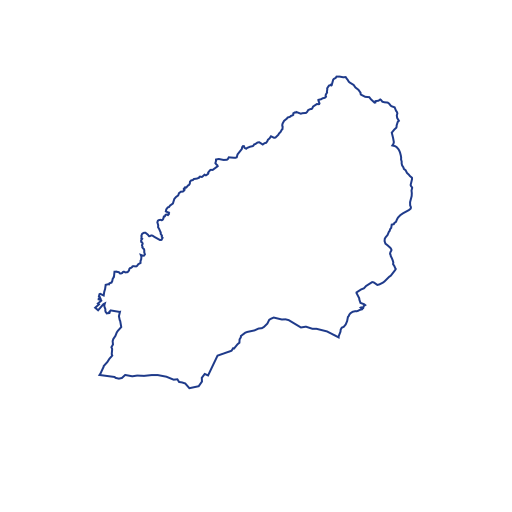 Piatra Soimului, Neamt, Romania (Mercator projection), rotated 149°
{"feature_id": "2599482B93411472256847", "entity_name": "Piatra Soimului", "entity_type": "district", "adm_level": 2, "iso_a3": "ROU", "parent_name": "Romania", "parent_adm1": "Neamt", "projection": "mercator", "projection_center": [26.345, 46.823], "detail": "fine", "context": "isolated", "style": "outline", "palette": "blue", "viewbox_px": 512, "rotation_deg": 149, "n_neighbors": 0, "source": "geoboundaries", "source_scale": "gbopen_adm2", "svg_char_len": 6085}
<svg xmlns="http://www.w3.org/2000/svg" viewBox="0 0 512 512"><g transform="rotate(149 256 256)"><path d="M413.5,283.7L411.0,282.6L410.3,283.2L410.5,283.6L408.6,284.2L401.7,278.3L401.4,278.2L404.5,275.0L405.8,271.3L405.9,270.2L408.1,264.5L413.0,263.0L414.7,262.2L417.7,259.9L421.0,258.4L422.7,256.9L424.2,253.8L426.9,252.3L427.1,250.7L427.5,249.9L430.2,246.2L430.5,244.7L434.6,243.4L438.0,241.7L443.2,240.1L443.7,239.5L449.6,235.5L451.4,234.6L439.5,225.1L439.2,223.9L436.7,221.5L433.8,220.5L429.4,221.4L424.0,216.6L419.4,214.7L413.7,210.9L406.8,207.7L401.6,204.6L395.0,198.7L390.3,192.4L386.9,190.8L386.8,187.6L384.6,185.8L382.3,183.2L381.2,177.0L372.2,173.9L367.0,176.2L365.2,179.5L360.7,181.3L358.6,178.3L340.3,190.4L325.8,187.4L323.1,188.7L322.5,188.0L317.2,189.9L314.9,190.2L313.0,193.0L310.9,194.1L310.1,195.2L304.7,195.8L302.6,195.4L295.6,193.0L291.2,192.5L288.1,191.1L285.7,191.1L281.1,192.2L277.5,194.5L275.4,194.5L272.5,194.1L266.6,188.3L263.3,186.5L261.0,184.2L254.3,171.6L249.6,169.7L245.1,164.5L241.6,162.4L234.0,154.8L227.1,143.7L226.5,144.6L222.6,147.6L221.3,149.3L219.4,150.4L217.3,150.1L214.4,151.1L211.4,153.3L208.6,156.4L207.4,156.8L206.2,157.7L204.5,158.3L201.9,158.4L199.4,157.6L198.2,156.8L196.5,156.4L195.1,156.4L192.5,155.7L192.1,156.3L192.8,157.8L192.3,157.8L191.2,156.9L190.8,156.3L189.5,157.6L187.7,157.7L188.2,159.0L190.6,162.0L189.9,165.3L189.3,166.6L188.9,172.6L188.6,173.0L183.1,173.2L180.1,172.7L177.1,173.6L169.9,173.8L169.4,173.5L168.5,172.4L166.9,168.7L164.9,168.1L160.9,167.8L159.0,168.0L152.5,169.6L150.6,169.7L143.9,172.3L142.9,172.9L142.9,174.2L142.6,175.9L142.7,178.4L141.6,179.8L141.1,181.7L140.7,184.0L140.5,186.6L140.1,187.5L140.0,188.8L138.9,190.0L137.0,191.1L136.6,191.9L136.6,193.7L137.8,197.6L138.7,199.9L138.1,202.6L136.7,204.5L135.2,205.3L132.5,206.2L129.5,208.4L128.6,208.6L127.2,209.9L125.6,210.5L123.5,213.0L121.5,212.3L120.5,213.0L118.4,213.2L116.4,214.7L114.5,215.8L111.2,216.7L107.8,216.9L101.3,216.6L99.2,216.9L98.4,217.5L98.0,218.4L97.8,220.0L96.2,222.8L91.7,227.2L90.1,229.6L89.0,232.0L87.1,233.9L86.9,234.3L87.1,236.1L86.9,237.2L82.6,241.6L82.0,242.8L82.9,245.3L83.1,247.0L83.8,249.4L83.6,252.5L84.4,254.5L84.0,256.0L84.1,258.4L83.5,260.3L82.5,261.9L81.9,264.1L80.9,265.6L80.1,267.6L79.2,270.7L78.9,272.9L78.9,274.3L79.4,277.0L80.2,278.5L82.2,280.5L80.5,281.3L79.2,282.6L77.7,286.6L76.1,291.8L72.2,293.2L69.7,293.7L69.0,294.3L68.2,295.5L65.4,298.0L63.9,298.3L63.9,301.6L62.9,304.0L61.4,305.4L61.2,306.0L61.0,307.4L61.2,308.2L60.6,312.0L62.7,314.6L63.1,315.5L63.4,318.0L64.1,319.7L66.6,321.5L68.2,323.1L68.5,325.3L68.9,326.2L71.0,326.0L73.8,327.2L74.6,326.1L75.4,326.4L76.8,331.2L77.1,333.8L80.4,336.2L82.9,340.2L82.9,341.1L82.3,342.1L82.6,345.7L84.0,349.3L84.2,352.3L86.3,356.4L86.7,357.6L86.7,360.1L86.9,361.2L87.0,363.2L89.1,364.2L91.9,366.7L94.6,368.3L96.0,367.6L98.1,367.7L99.0,367.4L103.2,363.4L103.5,363.4L103.7,364.3L104.8,364.2L105.7,364.5L108.6,363.1L109.1,362.1L110.6,360.3L110.9,359.5L112.9,358.5L113.9,357.4L113.9,356.6L114.5,356.3L115.7,356.2L117.8,356.9L119.3,356.8L122.1,357.7L122.4,357.2L123.0,354.1L123.6,353.7L124.4,354.0L125.5,354.9L130.1,354.7L131.9,353.5L132.7,353.4L133.6,353.9L136.1,354.2L137.9,353.2L139.5,352.9L142.7,354.5L144.3,354.9L147.2,358.6L147.6,358.3L148.1,358.5L148.8,359.1L150.5,359.1L151.4,357.8L152.0,357.7L154.0,358.1L154.6,357.8L155.7,357.9L157.6,358.4L158.7,357.9L162.3,357.4L164.9,355.9L166.0,354.8L166.5,353.9L166.4,353.5L166.7,352.9L168.0,351.1L168.8,351.0L171.0,349.7L173.3,349.1L174.4,348.4L178.3,347.5L179.6,348.0L181.5,350.9L183.9,349.8L185.9,349.5L187.1,348.6L189.0,347.8L190.6,348.3L192.8,348.1L194.7,351.9L196.4,352.5L198.8,352.3L200.1,352.6L201.5,351.9L202.3,351.9L204.7,352.7L207.9,353.2L209.1,353.0L209.8,354.0L210.1,354.7L209.8,356.4L210.6,356.9L211.8,356.4L213.1,355.0L219.5,352.6L221.7,350.5L223.1,350.8L224.5,351.7L228.5,354.6L230.2,353.6L231.4,353.5L234.3,355.0L237.9,358.3L240.6,359.3L241.4,358.0L243.0,356.5L242.8,354.8L242.4,353.7L242.6,352.7L248.8,352.1L250.5,353.2L251.1,353.2L254.0,352.2L254.3,351.4L254.8,351.1L257.2,350.9L257.6,351.1L258.2,352.2L261.3,351.6L261.8,351.7L263.1,352.9L263.6,353.0L264.5,352.4L266.8,352.8L269.6,354.0L271.1,353.6L272.6,354.2L274.3,353.7L275.5,352.1L276.8,351.4L277.8,351.5L280.5,350.6L281.2,351.3L281.6,351.4L282.1,350.8L282.4,351.0L283.2,350.9L283.5,350.4L283.2,349.6L283.6,349.2L285.6,348.9L287.2,349.8L289.7,349.5L291.5,348.0L294.1,347.8L296.6,347.0L300.2,343.8L303.8,343.5L305.2,342.8L306.6,343.1L308.9,342.2L310.3,340.7L309.3,339.1L308.3,338.1L308.3,337.8L308.6,337.7L309.1,336.8L310.4,336.4L311.1,337.5L312.3,337.9L313.6,337.0L314.1,336.9L314.7,337.3L316.4,335.6L317.6,335.1L318.4,335.2L319.2,336.2L320.8,336.8L321.9,336.8L323.2,335.7L324.0,332.7L325.1,331.1L325.1,329.0L325.5,326.1L325.5,325.3L325.9,324.8L326.3,323.8L326.1,322.0L326.9,321.0L326.7,319.7L328.7,318.5L330.1,319.2L333.2,324.6L334.2,326.7L335.2,327.6L336.9,327.7L337.5,328.1L337.7,330.0L338.8,332.9L340.1,333.6L341.7,333.7L342.4,333.5L344.0,332.2L344.1,331.4L345.2,330.1L344.8,329.3L346.4,328.6L347.1,327.3L347.1,327.0L346.6,326.3L346.7,325.2L347.0,324.7L347.8,324.3L348.3,323.8L348.5,322.4L349.0,321.9L348.8,320.3L348.5,319.9L348.6,319.1L349.2,317.7L349.8,317.0L350.4,314.6L351.9,314.0L352.8,314.5L354.2,316.3L354.5,314.8L355.0,313.8L356.4,312.0L357.4,311.4L358.6,309.5L361.1,309.6L363.0,308.8L364.1,308.8L366.6,310.6L367.3,310.7L368.0,310.3L369.4,310.2L370.2,310.5L371.3,310.1L372.3,309.0L374.4,308.3L376.4,309.2L377.3,310.6L378.5,310.8L379.4,310.3L380.9,310.6L381.7,311.3L381.8,312.6L382.6,313.5L383.3,313.8L383.5,314.4L385.4,315.4L388.1,311.8L388.5,311.6L388.6,311.2L390.5,310.3L392.5,308.2L392.9,308.2L393.6,307.6L395.6,308.1L396.6,307.4L397.1,307.9L399.7,308.7L402.3,305.5L404.5,303.5L406.9,300.6L409.0,303.8L409.8,303.9L411.5,302.2L411.0,301.2L411.3,300.8L411.2,299.8L411.6,299.7L412.8,300.4L413.2,299.9L412.0,298.8L411.5,298.0L411.6,297.4L416.0,296.7L415.6,295.4L420.5,294.5L419.3,290.8L411.6,293.3L410.0,293.2L411.3,292.0L412.0,290.7L412.5,288.0L413.4,286.6L413.7,285.2L413.4,284.4L413.5,283.7Z" fill="none" stroke="#1e3a8a" stroke-width="2"/></g></svg>